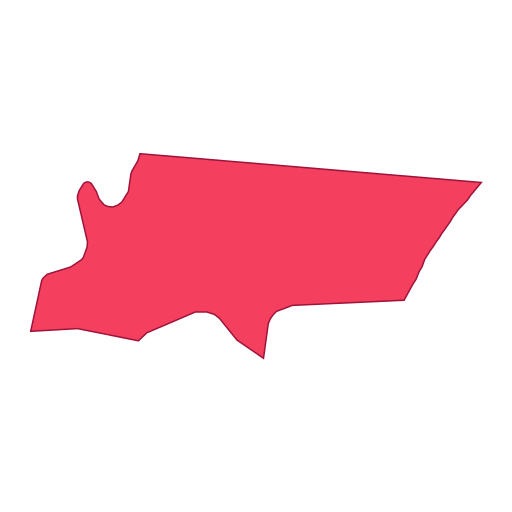 Haringey, Equal Earth projection
{"feature_id": "GBR-2766", "entity_name": "Haringey", "entity_type": "London Borough", "adm_level": 1, "iso_a3": "GBR", "parent_name": "United Kingdom", "parent_adm1": "", "projection": "equal_earth", "projection_center": [-0.107, 51.584], "detail": "fine", "context": "isolated", "style": "filled", "palette": "rose", "viewbox_px": 512, "rotation_deg": 0, "n_neighbors": 0, "source": "natural_earth", "source_scale": "10m", "svg_char_len": 855}
<svg xmlns="http://www.w3.org/2000/svg" viewBox="0 0 512 512"><path d="M263.5,358.3L237.0,340.1L219.4,318.3L214.4,314.4L206.8,312.0L195.3,312.0L146.8,332.8L138.4,340.8L77.6,328.6L30.7,331.3L41.6,280.9L42.7,278.5L47.1,274.3L70.6,267.0L81.4,259.8L83.3,257.5L87.0,247.3L87.5,242.0L77.5,199.0L77.4,197.0L77.7,195.2L79.2,190.6L83.6,183.5L85.7,182.2L87.5,181.9L89.3,182.2L91.3,183.5L96.3,191.5L99.1,199.0L104.2,205.0L107.9,206.5L112.9,207.0L118.0,205.0L121.8,202.1L128.4,191.5L130.9,174.0L132.0,170.9L137.9,160.7L140.0,153.7L481.3,182.5L470.7,195.2L467.2,200.3L458.3,209.6L452.4,217.8L450.4,221.4L441.3,234.2L439.2,237.8L435.7,242.5L433.6,246.0L430.1,250.8L424.8,259.2L422.1,266.6L419.1,271.7L416.1,279.2L412.7,284.5L404.1,300.2L292.2,305.4L276.5,311.4L273.1,314.8L270.3,318.9L268.3,323.5L263.5,358.3Z" fill="#f43f5e" stroke="#9f1239" stroke-width="1.5"/></svg>